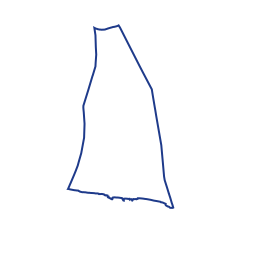 outline of Sayhut, Al Mahrah, Yemen, rotated 31°
{"feature_id": "15242507B57333459501301", "entity_name": "Sayhut", "entity_type": "district", "adm_level": 2, "iso_a3": "YEM", "parent_name": "Yemen", "parent_adm1": "Al Mahrah", "projection": "robinson", "projection_center": [51.308, 15.527], "detail": "fine", "context": "isolated", "style": "outline", "palette": "blue", "viewbox_px": 256, "rotation_deg": 31, "n_neighbors": 0, "source": "geoboundaries", "source_scale": "gbopen_adm2", "svg_char_len": 3206}
<svg xmlns="http://www.w3.org/2000/svg" viewBox="0 0 256 256"><g transform="rotate(31 128 128)"><path d="M47.6,59.5L52.3,65.2L58.8,75.3L63.0,81.5L66.8,89.0L68.4,92.0L70.7,101.1L70.8,101.8L74.5,116.3L78.3,131.9L79.2,133.5L80.4,135.2L81.9,137.2L88.6,146.8L94.9,158.1L95.4,159.0L100.9,173.7L103.1,181.9L104.3,186.2L105.0,190.2L105.2,191.2L106.0,196.4L107.1,204.3L107.2,204.9L107.3,206.0L107.7,208.7L107.8,209.6L107.9,210.3L108.0,210.8L108.0,211.1L108.4,210.9L109.8,210.5L110.9,210.1L113.9,209.0L115.2,208.4L116.6,207.8L117.4,207.3L117.8,207.3L118.1,207.4L118.7,207.3L119.0,207.2L119.4,207.2L119.6,207.3L121.2,206.8L121.8,206.6L123.4,205.7L124.4,205.2L124.7,205.0L125.6,204.7L127.1,204.1L127.5,203.9L128.0,203.5L128.9,203.2L130.0,202.6L132.5,201.3L134.1,200.7L134.6,200.4L135.1,200.0L136.7,199.4L136.9,199.5L137.1,199.6L138.3,198.9L138.8,198.5L139.4,198.1L140.1,197.8L140.5,197.6L140.8,197.6L141.2,197.4L141.5,197.3L141.8,197.4L142.1,197.3L142.4,197.5L142.7,197.5L143.2,197.5L143.3,197.2L143.8,197.0L144.4,196.6L144.9,196.5L145.2,196.6L145.4,196.5L145.6,196.8L145.5,197.0L145.8,197.3L146.3,197.6L146.5,197.7L146.8,197.7L147.0,197.4L147.1,197.2L147.2,197.3L147.5,197.5L148.1,197.6L148.5,197.5L148.9,197.5L149.2,197.5L149.4,197.3L149.6,197.2L150.0,197.2L150.4,197.5L151.1,197.3L151.2,197.2L151.2,196.9L151.2,196.7L151.0,196.3L150.8,196.0L150.9,195.8L150.9,195.5L150.9,195.3L152.3,194.3L153.6,193.7L155.6,192.6L157.5,191.8L158.6,191.3L158.9,191.2L159.1,191.2L159.0,191.4L159.2,191.5L159.5,191.5L159.9,191.7L160.2,191.7L160.5,192.0L160.8,192.2L161.2,192.5L161.4,192.5L161.8,192.4L161.7,192.2L161.4,191.8L161.2,191.7L161.3,191.5L161.2,191.3L161.2,191.1L161.0,190.9L161.3,190.5L161.7,190.1L162.3,189.8L163.8,189.0L164.0,189.0L165.0,188.5L165.5,188.1L165.7,188.4L166.0,188.4L166.4,188.5L166.4,188.2L166.6,188.0L166.7,187.8L167.9,187.1L168.1,187.2L168.3,187.3L168.4,187.5L168.6,187.8L169.0,188.0L169.1,187.8L169.0,187.5L169.0,187.2L169.1,186.9L169.2,186.7L169.2,186.3L169.4,186.0L169.8,185.9L171.0,185.1L171.5,184.8L172.0,184.7L172.3,184.3L172.4,184.1L172.4,183.9L172.6,183.8L172.6,183.6L172.6,183.4L172.9,183.4L173.1,183.2L173.1,182.9L173.9,182.4L174.9,181.9L177.2,180.8L178.7,180.2L180.7,179.3L184.4,177.9L187.6,176.9L190.1,175.9L193.9,174.5L194.4,174.7L195.8,174.1L196.9,173.9L198.2,173.8L199.3,173.6L199.4,173.9L199.8,174.5L200.4,174.8L201.6,174.8L202.5,174.8L203.2,174.5L203.8,174.4L204.8,174.7L205.2,174.6L205.3,174.6L205.6,174.5L206.1,174.3L206.8,173.7L207.4,173.4L207.9,173.3L208.4,173.5L207.4,172.6L206.8,172.0L206.0,171.3L205.7,171.0L204.0,169.6L200.1,166.0L198.7,164.8L197.1,163.4L196.6,163.0L196.6,162.9L196.4,162.8L192.3,159.1L186.4,153.9L183.9,151.0L177.0,141.5L165.4,125.6L161.0,120.5L145.7,102.8L142.4,98.9L139.8,95.9L132.1,86.9L128.5,82.6L127.0,81.7L112.0,72.6L105.5,68.6L88.2,57.8L69.5,46.1L67.1,44.9L66.7,45.6L66.2,46.2L65.7,46.8L65.1,47.4L64.6,47.9L64.1,48.4L63.3,49.0L62.8,49.5L62.3,50.1L61.9,50.5L61.3,51.1L60.9,51.6L60.3,52.2L59.8,52.8L59.3,53.3L58.9,53.9L58.4,54.4L58.0,54.9L57.5,55.5L56.8,56.0L56.2,56.4L55.3,57.0L54.7,57.4L53.9,57.7L53.3,58.1L52.5,58.4L51.7,58.7L51.1,58.9L50.4,59.0L49.8,59.2L49.1,59.4L48.4,59.4L47.7,59.5L47.6,59.5Z" fill="none" stroke="#1e3a8a" stroke-width="2"/></g></svg>